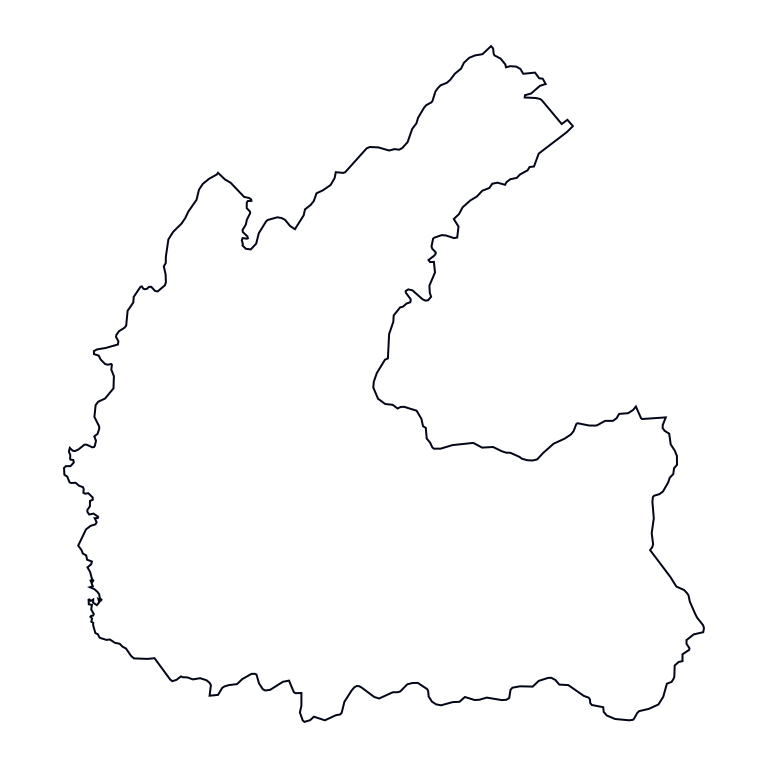 the district of Duc Trong, Lâm Đồng, Vietnam
{"feature_id": "81297802B43116981701202", "entity_name": "Duc Trong", "entity_type": "district", "adm_level": 2, "iso_a3": "VNM", "parent_name": "Vietnam", "parent_adm1": "Lâm Đồng", "projection": "orthographic", "projection_center": [108.368, 11.695], "detail": "fine", "context": "isolated", "style": "outline", "palette": "ink", "viewbox_px": 768, "rotation_deg": 0, "n_neighbors": 0, "source": "geoboundaries", "source_scale": "gbopen_adm2", "svg_char_len": 5997}
<svg xmlns="http://www.w3.org/2000/svg" viewBox="0 0 768 768"><path d="M663.2,696.9L666.9,683.7L671.6,681.9L673.6,678.7L674.3,676.9L674.7,665.5L678.6,662.0L682.5,661.1L682.5,654.3L689.2,649.8L689.5,648.3L686.5,643.8L686.5,640.1L693.7,634.4L703.2,632.2L704.0,628.2L703.1,625.2L697.0,617.5L695.2,613.9L689.8,601.6L688.5,595.3L687.0,593.1L684.1,590.0L676.4,586.6L670.4,577.0L650.1,550.1L652.3,547.1L653.1,544.2L651.7,533.2L653.8,518.3L652.4,501.7L652.9,497.1L654.1,495.7L659.3,494.2L662.9,491.6L668.2,482.4L669.7,477.8L673.3,474.0L674.0,468.3L677.0,464.8L676.9,455.9L674.7,450.5L670.7,444.4L669.2,433.7L664.6,430.8L662.6,428.0L662.8,424.8L665.8,417.4L642.1,419.0L641.0,418.1L635.9,406.5L633.2,409.9L628.1,413.2L619.1,413.9L616.6,418.2L612.9,420.9L605.0,420.9L597.1,425.3L594.9,425.6L589.1,425.5L577.5,423.2L576.3,424.1L573.6,431.1L570.9,434.5L564.5,438.7L553.6,443.7L543.0,453.1L537.2,459.4L532.6,460.5L527.2,460.2L521.8,458.7L519.7,457.0L510.4,452.8L506.3,452.7L501.9,451.3L493.1,447.0L482.1,447.6L473.3,442.9L452.5,445.1L440.5,448.7L433.9,448.7L432.4,447.5L430.1,442.6L426.7,438.5L425.8,427.9L423.0,426.2L421.4,418.8L416.6,410.7L404.1,406.8L400.6,407.0L397.6,408.5L392.6,404.8L385.2,404.0L378.0,398.7L373.3,387.5L373.8,381.7L376.8,373.1L384.9,359.8L387.9,358.4L389.1,334.1L393.3,321.9L393.7,315.4L400.2,307.3L402.8,306.8L406.6,303.5L410.2,302.3L410.6,301.3L410.7,299.3L405.8,292.7L405.7,291.0L408.3,289.4L412.4,290.3L422.6,299.3L425.4,300.6L428.0,300.3L431.1,296.8L429.8,292.8L429.4,285.6L435.0,272.5L433.9,261.9L430.1,262.1L428.5,260.0L434.3,255.6L435.8,253.4L435.6,252.2L432.3,248.8L431.5,246.5L433.1,238.7L434.2,237.7L441.8,235.1L446.0,235.5L454.0,238.1L457.2,237.5L458.5,226.6L453.8,219.0L459.0,214.1L462.6,207.3L470.5,200.3L476.8,196.6L482.3,190.7L489.3,188.0L492.3,183.7L497.6,182.7L505.1,184.8L506.5,182.1L510.4,179.2L516.7,177.9L520.0,174.5L527.6,170.3L529.6,167.0L534.0,166.5L538.7,153.6L567.1,131.9L572.9,126.1L567.4,119.8L561.7,124.0L541.6,100.0L539.8,98.9L535.8,98.0L524.7,97.5L525.0,95.2L531.1,93.5L540.0,85.8L545.7,84.0L542.7,78.7L539.2,78.3L535.0,72.6L523.3,73.8L520.3,68.9L516.3,66.6L510.1,66.2L506.0,67.3L505.3,64.4L500.6,58.6L494.5,55.4L493.7,53.9L493.1,48.5L491.1,46.1L482.4,54.2L475.1,55.4L469.2,57.8L463.9,62.8L461.1,68.6L454.9,73.7L450.1,80.0L446.8,82.8L440.6,85.3L437.7,88.3L435.4,91.6L432.5,100.9L431.5,102.3L426.2,105.2L424.2,107.5L418.1,117.7L416.4,123.4L412.2,128.9L407.6,142.1L402.2,148.1L399.1,149.7L394.5,149.1L389.1,150.5L378.4,147.4L369.9,147.0L366.6,148.4L345.1,172.3L343.2,172.9L335.8,172.2L334.6,178.1L330.6,185.0L322.9,190.3L316.5,193.3L313.8,201.0L310.7,204.9L305.0,209.4L303.7,215.3L294.9,229.2L290.1,226.0L285.0,219.8L281.5,218.0L277.3,217.3L267.6,220.0L266.1,221.4L258.8,233.2L256.2,243.6L250.8,249.4L245.9,248.8L242.5,245.5L242.9,244.2L241.8,240.3L242.6,238.1L247.0,238.7L247.9,238.2L247.3,236.3L242.9,232.1L242.5,230.1L245.8,224.6L246.9,219.6L250.2,213.1L250.0,211.6L246.7,208.1L246.8,202.4L247.9,201.0L251.4,200.9L251.2,199.5L249.2,198.0L244.1,196.9L230.7,182.8L224.9,179.4L218.0,172.8L216.8,174.5L209.2,178.7L202.8,183.9L199.0,189.6L196.5,199.9L188.3,211.6L185.2,218.2L181.5,223.6L173.2,231.8L168.4,239.4L165.9,256.4L165.7,263.3L163.8,266.3L165.6,274.4L165.9,282.2L165.0,285.2L157.7,291.4L155.1,291.0L151.2,286.8L149.0,286.9L146.8,288.9L144.7,289.2L143.4,288.8L141.8,286.4L140.5,286.8L133.7,296.9L133.3,302.5L127.6,310.8L126.2,325.5L124.7,327.6L119.0,331.2L116.4,334.9L116.0,336.9L118.4,341.3L117.9,344.5L105.5,348.0L97.1,349.4L93.9,351.1L94.0,354.1L98.7,355.6L100.7,359.6L105.2,364.1L107.9,364.7L111.2,364.0L111.9,364.8L111.3,369.6L113.9,376.2L113.5,388.3L105.1,398.5L98.2,401.7L95.6,405.2L94.4,416.9L99.1,426.3L99.3,428.5L97.6,433.8L94.3,436.4L96.0,440.8L94.8,445.9L94.1,447.0L92.3,447.3L86.7,444.7L84.4,444.7L78.4,449.5L74.8,451.1L72.7,450.7L69.8,447.9L68.9,451.8L70.3,455.0L70.1,458.7L70.5,459.6L73.3,460.0L73.8,462.5L70.5,466.1L65.8,466.2L64.0,468.0L64.4,474.8L67.2,476.5L69.6,482.4L71.3,483.0L75.6,482.8L79.0,485.7L83.0,487.2L83.7,489.2L83.4,492.8L85.1,493.7L88.3,493.2L92.7,497.5L92.7,499.8L90.0,500.9L89.9,506.3L87.4,509.9L87.4,511.9L89.2,514.5L93.6,513.6L98.1,516.8L97.7,518.1L94.7,518.2L96.6,522.2L95.5,524.3L90.5,525.9L86.0,529.4L78.2,545.6L81.5,550.1L82.8,553.5L86.2,555.4L87.1,559.7L91.9,561.5L91.2,564.2L87.5,567.4L90.1,571.9L91.8,578.4L93.3,580.7L92.6,581.6L91.3,580.3L90.6,580.5L92.8,586.3L89.9,587.2L94.4,589.2L97.4,591.8L99.2,594.3L99.7,597.8L101.5,599.8L100.7,600.7L98.4,599.2L99.3,602.2L96.9,605.1L93.1,602.7L93.2,599.5L90.8,600.9L89.3,599.4L88.6,599.7L88.8,604.3L91.9,604.9L91.2,609.5L93.8,614.1L93.1,615.6L91.1,615.9L90.4,616.8L92.1,618.5L91.3,621.7L93.2,622.8L93.2,625.6L95.4,633.1L97.8,634.2L99.7,637.8L106.5,639.9L109.9,639.5L114.9,642.8L119.7,643.8L122.7,646.8L126.0,648.5L131.0,655.8L133.9,658.4L147.7,658.9L154.5,658.2L170.1,679.4L172.3,681.2L176.4,679.9L181.0,676.4L182.6,677.2L187.4,677.4L192.9,679.4L200.1,678.2L206.4,680.2L209.5,682.7L210.9,685.1L209.6,695.7L218.0,694.9L222.2,687.9L224.5,686.4L228.9,685.1L237.0,684.1L242.3,679.1L251.4,673.9L254.9,673.8L256.5,674.6L259.0,683.4L262.8,689.2L265.2,690.5L270.2,689.8L282.9,681.8L289.0,680.6L293.8,692.1L295.5,693.2L301.4,693.0L301.4,705.7L299.9,712.5L302.7,720.4L304.4,721.9L310.1,720.2L313.9,716.7L324.9,720.3L335.7,715.3L340.3,714.4L341.7,712.7L344.4,701.8L351.7,690.4L354.3,687.4L356.7,686.0L359.2,686.2L361.8,687.7L374.3,697.0L379.1,698.5L392.7,692.3L397.9,692.2L400.3,691.4L407.3,684.3L412.4,683.0L417.8,682.9L427.2,689.1L428.1,690.8L428.7,696.6L432.0,701.7L436.2,704.4L441.1,705.3L452.7,702.1L459.5,701.8L464.9,697.0L474.6,700.0L479.1,699.8L486.8,697.6L501.8,700.1L506.3,699.8L509.2,698.0L510.5,689.9L512.4,687.7L520.0,686.3L532.7,686.6L538.7,680.9L548.1,677.9L551.3,677.8L555.4,680.0L559.3,684.6L568.3,685.1L583.8,695.9L588.8,697.7L589.9,699.5L590.2,702.9L591.8,705.0L603.2,707.2L603.7,711.9L606.8,715.5L615.1,719.0L629.3,720.3L633.0,719.8L633.9,718.9L637.3,712.9L639.2,711.1L648.8,708.9L658.4,704.5L663.2,696.9Z" fill="none" stroke="#020617" stroke-width="2"/></svg>